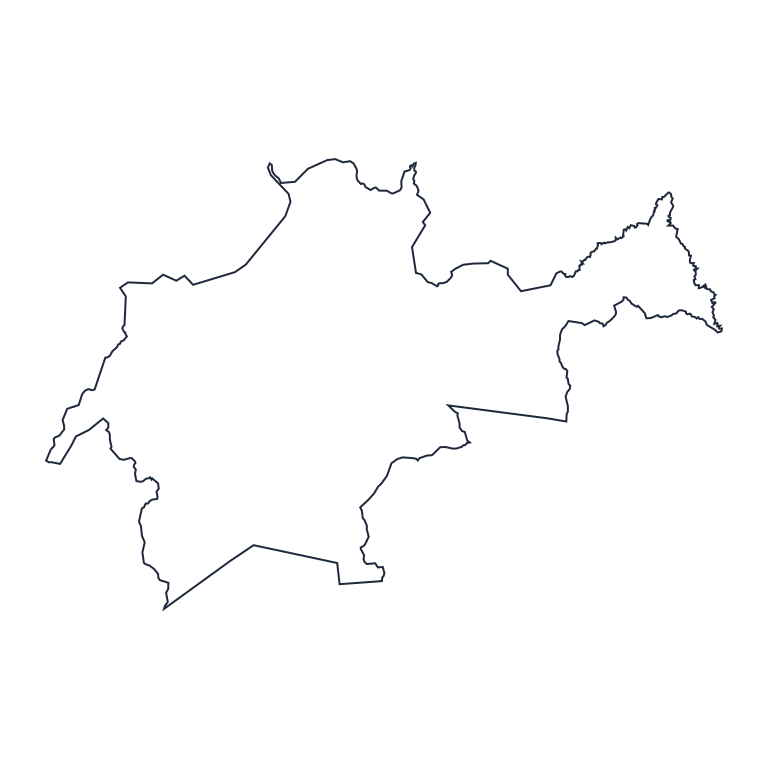 Adansi Asokwa, Ashanti, Ghana (Mercator projection)
{"feature_id": "2480657B45906044715427", "entity_name": "Adansi Asokwa", "entity_type": "district", "adm_level": 2, "iso_a3": "GHA", "parent_name": "Ghana", "parent_adm1": "Ashanti", "projection": "mercator", "projection_center": [-1.382, 6.167], "detail": "fine", "context": "isolated", "style": "outline", "palette": "slate", "viewbox_px": 768, "rotation_deg": 0, "n_neighbors": 0, "source": "geoboundaries", "source_scale": "gbopen_adm2", "svg_char_len": 6105}
<svg xmlns="http://www.w3.org/2000/svg" viewBox="0 0 768 768"><path d="M662.3,197.0L661.9,199.4L658.4,199.0L656.1,203.1L655.9,204.0L657.3,205.3L655.5,208.3L654.8,208.1L654.9,209.8L654.1,210.4L654.6,211.6L653.8,212.1L653.2,215.2L650.7,218.1L648.1,224.9L647.2,223.8L638.3,223.1L637.0,224.1L637.5,225.4L635.9,227.5L634.7,227.5L634.3,226.0L630.8,225.2L629.3,228.2L627.8,227.0L626.1,230.5L624.9,229.3L623.8,229.7L623.1,235.4L623.7,236.1L621.5,238.1L620.6,237.6L617.3,239.3L615.7,237.7L615.6,240.4L614.6,241.2L609.2,242.5L608.3,242.2L605.0,243.3L604.3,242.6L601.5,244.1L601.3,243.2L598.2,243.0L597.5,243.5L598.0,245.1L596.9,248.6L596.2,248.6L594.2,251.3L591.6,252.0L590.4,253.1L590.7,254.9L590.0,257.0L588.7,256.6L587.1,257.2L585.2,260.0L584.6,259.7L582.4,261.7L581.4,261.4L583.0,263.6L581.8,263.6L581.9,264.5L580.8,264.5L580.4,265.4L579.4,265.6L579.5,270.1L577.8,270.4L577.3,271.3L575.8,271.3L574.0,275.7L572.3,277.0L570.5,276.1L568.3,277.0L566.3,277.0L565.1,275.5L565.4,274.1L563.6,273.8L561.6,271.6L560.5,271.4L556.4,273.3L550.5,285.3L521.0,291.2L507.8,274.7L507.8,268.7L490.6,260.8L488.1,263.2L472.8,263.6L463.0,264.8L455.3,268.8L451.2,271.9L452.2,275.2L450.8,277.9L446.7,281.9L442.9,283.2L439.6,283.2L438.1,284.1L438.2,285.4L437.1,286.3L431.9,283.2L427.6,282.0L421.5,274.5L416.0,272.9L412.0,247.1L425.2,225.3L422.8,222.0L430.2,212.8L423.6,199.4L417.0,194.8L418.4,191.3L418.2,189.3L416.5,185.6L413.8,183.6L414.4,181.0L413.2,179.1L414.1,175.7L415.9,172.9L415.9,171.6L414.3,170.4L414.2,167.6L415.3,166.1L415.8,162.9L413.9,163.5L412.4,166.2L411.5,165.2L410.2,166.0L409.9,166.7L410.8,168.1L409.5,170.1L404.5,171.6L401.3,181.1L401.6,187.5L400.0,190.3L392.9,193.5L391.2,193.2L386.8,190.7L379.2,190.6L376.0,187.6L374.8,187.6L370.5,190.0L365.5,187.0L364.2,184.2L362.2,183.4L360.9,184.0L357.9,180.8L356.9,178.8L356.5,175.9L357.1,171.1L356.4,168.5L353.6,163.5L350.2,161.2L343.0,162.3L335.1,159.1L327.2,160.1L307.9,168.8L295.0,181.8L283.3,182.8L281.0,182.9L278.6,178.2L275.3,175.7L273.4,173.2L272.2,170.7L271.8,164.9L269.7,163.4L267.9,167.6L270.9,175.2L288.6,193.9L290.5,201.8L285.3,216.2L245.8,264.6L235.0,272.1L193.1,284.8L184.5,275.7L176.3,280.7L163.1,274.7L152.0,283.4L128.0,282.4L120.0,287.8L125.8,296.4L124.5,324.9L123.0,326.5L122.3,328.4L123.9,331.6L125.4,332.6L125.2,333.6L126.9,336.4L123.6,340.4L120.9,341.5L120.0,343.8L118.1,344.5L117.2,346.9L112.4,351.3L109.8,355.8L107.5,357.3L105.3,357.7L94.6,389.5L92.2,390.2L88.4,389.1L85.0,390.7L82.2,394.1L78.7,405.0L67.2,408.8L62.6,420.0L64.0,425.3L64.2,429.4L59.2,435.8L55.2,437.3L53.7,438.8L54.5,445.4L50.7,449.7L46.1,460.6L48.8,462.3L51.5,462.2L60.1,463.9L71.3,445.6L76.0,436.4L88.9,430.0L103.1,418.5L108.4,423.2L108.3,427.5L106.2,430.1L109.0,432.1L109.8,434.8L109.9,439.8L111.5,446.7L110.5,448.7L119.6,459.0L123.8,459.8L129.7,458.1L131.8,458.2L135.0,461.5L135.5,462.8L134.1,464.8L133.7,466.8L135.8,469.5L135.0,473.9L136.4,481.1L140.7,481.8L143.1,481.2L145.9,478.8L149.2,478.1L150.0,477.3L151.5,479.6L152.2,478.4L158.1,483.4L158.7,488.8L156.5,491.6L157.6,497.0L157.1,498.9L152.3,499.6L149.5,501.2L148.1,503.5L145.6,503.6L144.1,507.1L141.8,508.6L139.0,521.6L141.0,526.4L141.9,535.7L144.7,542.3L142.4,552.5L143.9,562.8L145.2,564.0L149.5,565.6L154.0,568.9L158.0,573.8L158.4,578.0L160.0,580.2L168.4,582.8L168.2,588.9L166.1,592.8L167.8,602.0L164.9,605.9L164.0,608.9L230.7,560.6L253.6,545.2L337.2,563.0L339.6,584.2L381.9,581.1L382.2,577.6L383.7,575.8L384.4,572.9L382.7,567.0L377.9,567.4L375.2,563.3L366.7,564.0L364.3,561.6L363.6,558.7L364.1,555.2L360.8,549.1L360.8,547.4L363.2,546.3L365.1,544.3L368.7,536.7L366.7,529.0L366.9,525.8L364.5,520.1L362.8,518.2L361.8,510.6L360.2,507.4L368.0,500.2L374.2,493.3L377.9,486.9L381.4,483.5L386.9,476.0L391.5,463.2L397.5,459.0L402.6,457.4L412.4,458.1L416.0,458.7L417.8,460.5L419.4,458.2L427.2,455.5L432.0,455.2L440.2,447.2L445.3,447.0L453.2,448.7L456.9,448.4L461.8,446.8L462.9,445.5L465.4,444.9L467.0,443.0L469.7,442.5L467.2,440.5L464.8,432.0L461.9,430.9L459.6,427.6L459.6,423.8L457.4,415.6L457.8,413.3L454.8,411.7L448.3,405.4L547.9,418.4L566.3,421.5L566.7,413.7L567.8,411.8L567.9,406.4L565.6,396.5L567.3,391.9L569.6,389.3L570.3,385.8L568.6,384.0L567.7,378.5L566.5,377.7L567.3,370.9L565.7,369.0L563.9,368.6L562.4,366.7L561.1,363.3L559.5,361.3L559.5,359.0L557.5,354.1L557.3,350.7L558.5,349.3L558.3,346.8L560.0,339.8L560.1,334.6L561.9,329.5L565.7,325.6L568.5,321.0L581.8,323.1L584.7,325.1L594.5,320.4L598.8,321.8L599.8,323.1L602.6,323.6L603.6,326.2L605.6,324.9L606.6,323.1L610.5,320.3L614.5,316.2L615.9,314.0L616.0,311.7L614.1,305.7L621.7,301.6L623.5,299.7L623.6,297.3L626.3,297.5L628.1,300.0L630.1,301.2L631.4,303.5L636.7,306.8L638.0,305.8L644.6,312.9L646.4,318.3L651.0,318.0L657.6,315.2L658.4,315.3L658.9,316.5L661.5,317.2L665.0,316.2L667.2,317.0L671.4,315.5L673.0,314.1L676.5,313.3L678.2,311.0L679.9,310.2L682.4,310.4L685.9,311.7L686.2,313.6L687.8,314.3L689.9,313.6L691.1,314.7L691.7,316.4L695.4,317.2L696.7,318.5L698.3,317.2L699.6,319.0L702.3,318.9L705.5,321.5L706.9,325.0L714.8,329.7L717.7,332.4L721.4,331.4L721.9,328.5L719.2,328.7L718.7,327.4L720.1,325.8L717.2,326.1L717.7,323.7L717.3,323.0L714.3,323.9L715.5,320.0L713.2,317.2L714.0,315.7L712.5,312.1L713.8,309.4L711.8,306.9L715.4,302.9L714.7,302.0L712.4,303.0L711.1,300.0L714.6,298.2L714.2,296.3L715.5,295.0L714.5,294.8L713.9,292.6L710.7,291.2L710.2,289.4L707.0,289.1L703.7,287.0L704.6,286.3L706.1,286.5L705.4,284.5L701.3,287.5L698.7,288.2L699.0,285.2L695.5,285.2L694.2,283.0L693.8,280.0L695.4,279.2L694.4,276.4L695.7,275.0L695.7,271.8L693.9,269.9L694.5,269.4L696.4,269.6L697.6,268.4L695.8,268.0L695.6,266.0L693.9,266.2L693.1,265.5L693.7,263.0L690.9,263.2L690.1,262.6L689.8,260.4L690.9,255.6L689.0,255.4L688.9,252.0L688.2,250.9L685.0,248.6L685.0,247.0L683.5,246.1L682.6,244.1L680.9,243.5L678.8,239.1L676.1,236.7L677.7,229.0L675.5,228.6L673.1,225.6L668.3,225.6L670.7,223.2L670.6,222.5L667.6,221.2L667.4,220.6L668.3,220.0L669.9,220.5L670.7,218.8L670.6,217.7L668.7,216.8L668.5,215.8L670.0,215.0L670.1,212.3L673.1,206.9L673.3,206.0L671.1,202.3L672.7,198.7L671.4,196.9L671.0,194.1L669.4,192.6L668.5,192.5L663.8,197.0L662.3,197.0Z" fill="none" stroke="#1e293b" stroke-width="2"/></svg>